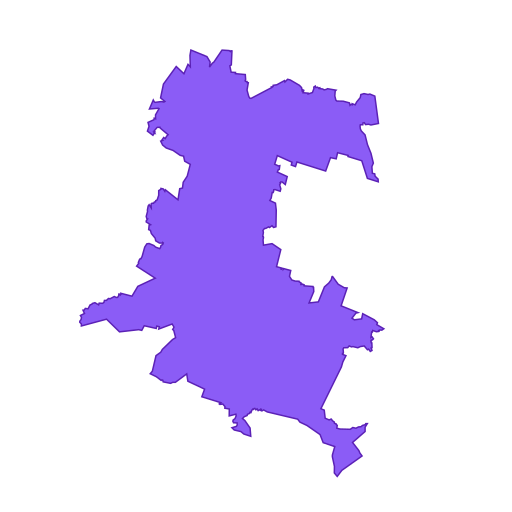 Jilotepec, México, Mexico (Robinson projection), rotated 15°
{"feature_id": "50627088B22130838993983", "entity_name": "Jilotepec", "entity_type": "district", "adm_level": 2, "iso_a3": "MEX", "parent_name": "Mexico", "parent_adm1": "México", "projection": "robinson", "projection_center": [-99.622, 20.017], "detail": "fine", "context": "isolated", "style": "filled", "palette": "violet", "viewbox_px": 512, "rotation_deg": 15, "n_neighbors": 0, "source": "geoboundaries", "source_scale": "gbopen_adm2", "svg_char_len": 6087}
<svg xmlns="http://www.w3.org/2000/svg" viewBox="0 0 512 512"><g transform="rotate(15 256 256)"><path d="M145.1,218.0L146.3,222.6L146.0,227.4L144.8,228.5L144.9,229.6L143.8,230.2L143.4,231.6L141.9,231.9L141.2,232.9L142.4,236.7L139.5,234.1L138.9,235.6L139.2,239.8L139.7,241.0L139.7,246.2L141.0,248.3L141.7,248.3L140.9,250.4L141.1,251.5L146.0,253.1L144.8,253.9L145.5,258.3L147.4,258.6L149.1,261.4L154.0,264.9L155.2,267.3L159.4,268.5L162.3,267.7L162.3,267.1L163.1,267.4L162.9,269.0L161.5,270.5L161.6,272.2L161.1,273.8L156.7,273.4L154.6,272.3L149.5,271.6L147.4,272.5L146.2,276.2L146.1,286.0L145.5,288.5L144.8,288.7L144.4,289.5L144.0,292.7L144.6,293.4L143.3,296.7L164.4,303.5L149.7,315.9L146.6,326.9L135.2,327.0L135.6,327.7L135.0,328.8L134.4,328.1L133.4,328.2L133.6,330.0L133.0,331.8L131.7,332.2L129.6,331.8L126.2,335.0L124.5,335.2L123.0,337.6L121.1,338.1L121.1,340.2L120.1,341.4L116.7,342.1L116.6,343.9L112.5,342.8L110.2,344.2L109.9,345.1L108.4,346.2L107.4,350.5L104.7,350.8L104.1,352.6L102.9,353.1L105.2,355.9L101.8,358.9L103.3,360.4L103.5,362.6L102.7,364.6L102.9,365.6L104.9,366.8L105.4,368.8L128.0,355.7L143.8,364.6L161.8,357.5L164.9,357.4L166.1,352.3L178.4,351.8L178.3,349.4L180.9,349.3L181.0,351.7L192.6,343.4L194.8,345.5L195.2,346.3L194.5,348.5L195.9,349.3L199.5,355.7L197.0,358.3L189.7,370.5L188.9,373.6L185.2,378.1L185.7,394.1L184.3,397.1L191.0,398.4L196.6,400.7L197.1,400.1L198.1,400.1L198.9,401.6L206.5,401.1L208.2,399.6L210.8,398.9L219.6,387.8L222.6,394.6L240.8,397.9L240.1,406.0L260.0,406.8L258.8,408.4L259.5,408.7L262.3,407.6L265.0,409.5L265.3,411.1L269.8,410.7L271.5,417.4L277.5,414.0L278.2,415.6L277.8,418.5L276.4,420.3L276.4,421.6L277.5,422.9L280.9,422.1L281.6,424.0L281.2,425.6L277.2,428.1L280.0,429.7L286.9,429.5L290.3,431.1L297.6,431.5L294.8,423.7L287.8,417.8L285.0,416.5L286.3,414.2L288.7,412.4L288.7,411.1L290.3,409.9L290.5,408.9L291.3,408.8L291.1,408.2L291.7,408.2L291.9,406.0L292.7,404.5L293.1,404.9L294.3,403.5L295.7,404.6L296.6,403.4L298.1,404.8L299.2,403.7L299.9,403.8L300.1,402.7L300.8,402.7L300.9,404.0L301.8,404.1L303.2,402.7L307.2,403.7L338.5,402.8L341.4,405.1L349.1,406.5L364.1,411.9L369.2,418.9L381.4,419.7L381.3,428.5L381.7,430.1L386.2,438.9L387.8,445.3L391.5,447.9L394.4,440.8L410.2,421.7L407.3,419.4L405.8,417.4L397.5,411.1L406.8,397.3L405.7,393.1L406.9,389.1L405.4,389.5L405.1,390.7L402.7,392.1L401.6,393.7L399.2,394.6L397.1,396.5L393.9,396.6L391.9,399.0L381.9,401.4L378.6,401.4L378.3,398.5L377.2,398.1L377.0,397.5L375.0,397.2L374.6,396.1L372.2,395.2L371.5,394.4L370.8,394.0L369.1,395.4L364.8,394.8L361.8,387.2L358.2,386.7L367.2,341.1L367.3,335.9L368.7,329.0L365.0,328.6L364.8,327.7L365.4,327.5L365.4,326.6L364.2,323.3L364.5,321.9L368.3,320.8L369.3,318.7L371.7,319.1L373.1,318.4L378.1,318.3L380.2,316.5L383.8,314.9L387.9,317.7L388.9,316.8L391.1,318.6L392.5,317.2L391.0,315.1L391.8,314.5L390.4,310.0L389.9,310.1L388.9,308.3L389.4,308.0L389.2,307.3L390.2,306.9L390.9,305.6L389.0,304.0L388.1,304.9L387.4,299.4L388.1,299.3L388.0,297.7L391.9,298.0L393.9,297.2L393.8,296.7L394.7,297.2L394.2,296.4L394.6,295.5L396.8,295.0L398.3,293.2L390.4,291.0L390.6,289.0L386.7,287.0L374.0,284.1L374.3,289.4L367.5,292.2L364.8,291.2L367.3,285.3L369.1,284.3L351.1,282.1L352.3,263.3L349.4,263.8L342.7,262.0L335.3,256.0L334.8,256.2L334.8,259.5L333.3,263.3L330.1,268.1L328.1,284.2L319.4,287.6L321.0,275.4L319.8,271.6L319.5,271.7L319.0,270.7L310.5,272.3L310.1,272.3L310.0,271.4L308.7,271.2L307.5,271.1L307.6,271.6L306.7,271.9L306.3,270.2L304.5,269.9L304.1,269.2L300.5,270.1L296.8,269.9L293.6,267.0L293.3,261.0L286.3,261.0L285.9,261.7L285.8,261.0L284.2,261.1L284.1,262.1L283.5,262.1L283.6,261.0L278.6,261.0L278.3,243.4L268.3,239.9L260.4,243.6L258.6,238.5L258.5,236.3L258.1,235.5L257.5,235.5L257.0,231.2L256.1,229.5L257.1,227.2L258.3,226.8L260.6,224.6L261.7,225.0L263.6,222.6L265.6,223.9L267.7,222.6L263.7,206.5L261.1,199.9L255.0,198.8L255.7,196.1L255.2,190.4L256.1,190.3L256.3,189.4L256.0,187.4L257.2,186.9L262.6,187.2L262.6,184.7L260.4,181.1L260.9,179.6L260.2,179.1L260.7,178.1L262.2,177.8L265.8,179.4L265.6,171.2L254.9,169.4L255.2,167.0L256.1,166.4L255.6,162.6L254.5,163.2L250.3,162.5L250.6,153.5L266.5,156.1L266.5,159.0L271.0,159.4L271.2,154.6L301.3,155.9L302.5,141.7L308.3,141.4L308.1,135.1L319.0,135.0L319.1,136.1L333.5,136.6L343.5,152.2L354.9,152.7L354.0,150.1L350.4,148.1L349.4,145.9L347.0,146.0L344.8,139.7L345.3,135.9L340.5,127.1L334.8,119.5L330.0,110.8L325.3,107.9L323.9,106.2L322.9,103.7L322.8,102.2L325.2,101.6L324.9,99.8L326.1,99.2L327.8,100.7L330.6,99.6L333.1,99.7L340.0,96.3L329.4,70.8L324.1,70.1L322.4,71.0L318.3,71.2L315.5,72.9L315.7,76.0L313.3,81.3L312.7,84.3L309.5,84.0L309.8,85.0L308.4,85.1L307.8,86.1L306.6,83.9L300.2,83.9L294.1,85.4L292.8,84.8L290.7,81.0L289.8,76.2L290.4,75.1L281.7,75.9L280.9,76.8L278.8,77.9L277.2,77.4L273.8,77.9L273.9,77.1L272.9,77.6L271.8,77.0L270.2,77.8L269.3,76.5L268.1,77.9L268.6,79.2L268.2,83.5L264.4,86.0L264.2,85.2L259.2,86.1L259.3,83.6L258.0,83.3L258.4,85.6L256.4,81.5L253.8,79.9L243.5,77.1L240.8,77.1L238.9,80.4L238.1,79.2L231.8,85.2L228.4,86.7L228.6,87.9L227.1,88.7L227.6,89.2L210.5,105.0L209.3,105.2L207.8,103.9L204.4,98.1L203.7,90.6L202.6,90.8L202.2,89.8L200.6,90.0L200.1,89.4L200.3,88.1L198.7,83.5L188.9,85.2L188.7,84.0L184.4,84.9L181.5,79.1L182.7,77.8L179.7,64.1L178.7,64.2L178.4,65.1L176.9,64.5L169.9,65.9L165.1,79.6L163.9,81.1L162.2,85.6L161.5,80.5L157.0,76.1L139.8,73.9L140.3,79.3L143.6,90.3L140.7,88.5L139.2,98.6L129.9,93.6L122.1,113.9L122.9,128.0L128.0,130.3L127.2,131.1L124.6,131.3L118.8,133.7L117.9,133.5L116.4,131.9L115.0,141.6L123.3,138.6L124.2,138.8L122.4,145.7L123.5,149.5L122.0,149.2L122.1,150.8L117.1,154.9L119.1,158.4L118.8,163.5L125.2,166.1L125.9,163.9L126.5,163.8L125.1,162.7L126.2,162.2L125.3,161.5L126.9,158.0L127.3,157.3L129.9,156.5L130.3,157.2L139.7,161.6L138.7,163.3L137.9,166.1L136.2,165.4L135.1,168.3L135.9,168.5L134.2,169.7L137.1,173.0L141.3,174.9L148.6,175.5L156.7,178.4L160.2,178.3L162.6,182.9L168.8,184.5L168.9,196.7L166.6,203.6L167.4,209.4L164.9,210.7L166.1,221.9L151.3,215.5L151.2,217.1L149.0,215.2L146.7,215.3L146.8,216.2L145.1,218.0Z" fill="#8b5cf6" stroke="#5b21b6" stroke-width="1.5"/></g></svg>